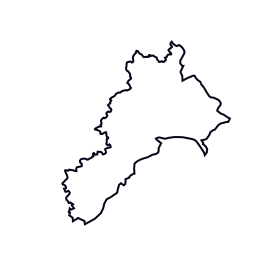 the district of Jebel Saman, Aleppo, Syria, rotated 61°
{"feature_id": "27442178B96508006833869", "entity_name": "Jebel Saman", "entity_type": "district", "adm_level": 2, "iso_a3": "SYR", "parent_name": "Syria", "parent_adm1": "Aleppo", "projection": "orthographic", "projection_center": [37.058, 35.942], "detail": "fine", "context": "isolated", "style": "outline", "palette": "ink", "viewbox_px": 256, "rotation_deg": 61, "n_neighbors": 0, "source": "geoboundaries", "source_scale": "gbopen_adm2", "svg_char_len": 5793}
<svg xmlns="http://www.w3.org/2000/svg" viewBox="0 0 256 256"><g transform="rotate(61 128 128)"><path d="M171.3,37.4L169.1,34.3L166.6,35.9L163.0,37.7L160.5,39.7L156.3,41.6L155.5,41.1L154.0,39.0L152.9,36.2L151.5,34.9L149.7,34.8L147.5,35.2L145.9,36.2L142.7,38.7L141.3,40.8L139.1,41.6L134.9,41.9L131.8,41.9L128.5,42.1L125.6,42.7L122.6,42.4L121.6,43.0L119.5,43.9L118.3,44.2L117.6,44.3L116.1,44.5L114.8,44.3L113.8,45.4L113.5,48.5L113.1,52.5L113.1,57.4L109.0,55.4L104.4,54.9L100.5,49.6L100.1,50.4L96.9,51.0L94.3,49.5L92.4,46.3L90.3,43.0L88.6,41.5L86.3,41.3L83.2,41.7L80.3,43.0L79.8,46.0L76.3,47.7L73.7,48.0L73.9,48.5L74.6,49.8L75.2,50.3L75.9,50.4L77.1,50.3L77.7,50.1L78.3,50.2L78.6,50.9L79.2,54.4L79.4,54.8L79.8,54.9L80.8,54.8L83.2,54.2L83.7,54.1L84.4,54.4L84.5,54.7L84.2,55.4L83.7,56.2L83.4,57.2L83.4,57.8L83.5,58.2L83.9,58.9L84.7,59.8L84.7,60.3L84.5,61.0L84.4,61.6L85.2,61.7L86.3,61.7L86.7,61.8L87.1,62.2L87.5,64.1L87.5,65.1L87.1,65.5L86.6,65.5L86.3,65.7L85.8,66.7L85.8,67.8L85.4,68.7L83.4,69.0L82.7,69.2L81.4,69.2L80.8,68.9L80.2,68.8L78.8,69.9L77.1,70.7L76.5,71.5L76.3,72.0L76.0,73.3L75.6,73.4L75.1,73.3L74.6,73.8L74.4,74.2L74.7,74.8L75.3,74.9L75.9,75.4L74.2,78.3L73.9,79.4L73.6,79.9L72.7,80.1L71.5,80.3L70.9,80.3L70.6,80.3L70.0,80.7L68.8,81.6L67.2,82.0L65.7,82.1L64.7,82.9L64.9,83.8L65.5,84.2L65.8,84.3L66.2,84.7L66.3,85.1L66.5,86.0L66.7,86.6L67.0,87.2L67.5,88.2L68.1,88.9L68.7,89.4L69.6,90.0L71.7,90.7L72.3,91.1L72.8,91.9L72.6,92.8L72.1,93.3L71.4,93.4L71.0,93.6L70.8,93.9L70.6,95.1L70.3,95.8L70.2,97.2L70.5,97.5L71.2,98.1L72.5,98.9L73.7,99.8L74.9,100.9L75.3,101.0L77.1,101.2L77.9,100.9L78.5,100.4L81.7,100.0L82.6,100.3L83.3,100.8L84.4,101.3L84.9,101.1L85.4,101.1L85.9,101.1L86.3,101.4L86.3,101.8L86.6,102.8L86.7,103.9L87.2,105.3L87.7,106.1L88.3,106.8L89.5,106.1L90.3,105.9L91.4,106.0L92.9,106.1L94.3,106.0L94.7,106.3L94.8,107.1L94.9,108.2L94.8,110.2L94.6,110.8L94.2,111.1L94.1,111.5L93.5,112.2L93.3,113.4L92.9,115.2L93.1,116.8L93.2,118.0L92.5,118.7L92.2,119.5L92.4,120.4L92.3,121.1L92.3,121.7L92.5,122.3L93.2,123.4L93.4,124.0L93.6,125.0L93.4,125.9L93.5,127.7L93.7,128.9L93.9,129.7L94.2,129.9L95.8,129.3L96.2,130.0L96.6,130.9L97.3,131.3L97.9,131.6L97.9,132.2L97.9,133.0L98.1,134.1L98.6,134.5L99.7,134.2L100.5,134.2L101.4,134.3L102.7,133.7L104.0,133.7L104.4,134.0L104.9,134.7L105.2,135.3L105.1,136.1L104.8,136.8L104.2,137.0L103.9,137.6L104.0,138.1L104.4,139.4L104.7,139.8L105.4,140.1L106.2,139.9L107.0,140.1L107.5,140.6L108.0,141.7L108.2,143.5L107.9,143.9L107.5,144.1L107.2,144.4L107.2,144.9L107.7,146.6L108.2,147.8L108.8,148.3L109.4,148.5L110.5,148.6L111.1,148.9L111.7,149.4L111.7,149.9L111.9,150.4L112.3,150.6L112.9,150.5L113.4,150.5L113.6,150.8L112.6,153.1L112.6,154.2L112.7,154.7L112.6,156.0L112.7,156.9L112.9,157.5L113.6,157.4L114.3,156.5L115.7,155.2L116.3,154.7L117.1,154.3L117.6,154.2L118.5,154.2L119.1,154.5L119.6,154.9L120.0,154.7L120.5,153.9L120.7,153.3L120.7,152.2L120.7,151.8L120.7,150.9L120.9,149.4L121.2,149.2L121.5,149.3L124.4,150.6L124.9,150.6L125.4,150.7L125.8,150.7L126.3,150.2L126.8,149.9L127.2,150.2L127.5,150.7L127.1,151.5L127.5,151.9L128.6,152.7L129.4,153.1L130.6,153.7L131.0,154.4L131.2,154.6L132.0,154.7L133.3,154.2L133.3,153.8L133.3,152.3L133.7,152.3L134.3,151.9L135.5,152.1L136.3,152.4L136.4,152.9L135.3,156.6L135.4,157.3L135.4,158.2L135.9,158.4L136.5,158.6L137.6,158.7L138.7,159.1L139.1,159.4L139.2,160.1L139.2,161.7L139.1,162.6L138.7,162.7L136.7,162.8L136.4,162.9L135.8,163.4L134.3,165.5L134.1,165.8L134.1,166.2L135.5,167.1L136.2,167.7L135.9,168.6L135.4,169.5L135.0,169.7L134.1,169.8L133.3,170.0L133.4,170.7L133.6,171.2L134.0,171.3L135.7,171.6L135.7,172.8L136.1,172.9L136.2,173.3L136.2,174.3L136.2,175.2L136.1,176.7L136.2,177.3L136.2,178.5L135.9,179.1L135.3,179.5L134.5,179.8L133.6,181.0L132.8,182.9L132.6,184.6L133.3,185.9L134.7,186.5L135.5,186.4L136.8,185.9L138.6,186.6L138.9,187.1L138.7,187.7L138.6,188.7L138.3,189.6L137.7,190.8L137.7,192.1L138.7,193.2L140.7,194.0L139.7,195.5L138.2,196.6L136.8,198.6L135.9,199.5L136.0,200.1L136.3,200.4L136.4,200.7L136.2,201.2L134.6,203.2L134.6,203.6L135.3,203.8L135.9,204.0L136.4,204.0L136.8,204.1L138.0,204.2L138.8,204.2L140.3,204.4L141.9,204.9L142.6,205.4L142.9,206.1L143.0,207.2L143.6,208.8L144.1,210.5L144.4,211.8L145.0,212.4L145.9,212.4L146.3,211.7L147.3,211.2L148.2,210.8L148.7,210.8L149.8,211.0L150.6,211.5L150.6,212.5L150.1,213.3L153.0,213.7L153.7,213.4L154.1,210.6L156.2,210.2L157.4,211.4L157.7,212.2L158.1,213.8L158.3,214.4L158.5,215.0L159.1,216.0L160.0,216.3L160.9,216.6L162.4,216.1L164.9,216.2L165.0,214.7L165.6,214.6L165.9,214.3L167.5,213.2L168.0,213.1L167.9,213.6L168.1,213.9L167.9,214.2L168.2,214.4L168.4,214.7L168.9,214.6L169.7,214.5L170.1,214.4L171.3,214.3L172.1,214.2L171.8,216.6L171.8,217.3L171.1,217.7L170.2,218.0L170.5,218.2L171.2,218.9L171.8,219.3L172.3,219.7L172.4,219.9L172.5,220.2L172.6,220.5L173.0,220.6L174.0,219.8L175.9,221.7L179.7,219.9L182.8,221.4L182.7,216.3L182.4,215.4L188.3,211.2L190.9,212.2L191.3,212.3L191.3,200.9L189.3,193.0L186.3,188.7L182.7,185.5L180.0,181.2L180.1,176.8L179.4,169.0L178.2,167.9L176.4,166.4L173.3,163.2L172.9,160.9L176.0,159.5L175.8,157.8L174.2,156.4L173.2,155.9L171.6,155.0L172.0,150.9L171.4,150.5L170.8,148.8L170.7,145.5L171.1,144.5L166.4,142.3L162.4,139.6L161.9,138.2L161.5,134.6L162.0,129.9L163.1,125.0L163.2,119.9L164.3,115.8L164.0,113.4L162.3,111.9L160.8,111.3L159.5,109.5L157.4,106.4L154.6,107.5L152.5,108.5L150.8,108.7L150.8,107.1L151.5,105.1L153.5,102.9L155.4,100.8L156.3,97.2L158.3,92.1L160.5,88.1L162.4,84.9L165.8,80.7L169.4,76.6L171.9,74.9L174.0,74.5L177.4,74.1L182.8,73.6L186.5,73.4L188.9,74.0L187.5,70.8L185.7,69.8L185.2,69.1L184.0,68.9L181.6,69.0L179.4,69.8L178.5,70.3L177.6,69.4L174.4,69.7L175.3,66.7L175.6,64.7L173.8,60.7L171.5,57.8L171.2,54.1L171.5,52.8L169.3,47.7L169.0,44.9L170.5,38.8L171.3,37.4Z" fill="none" stroke="#020617" stroke-width="2"/></g></svg>